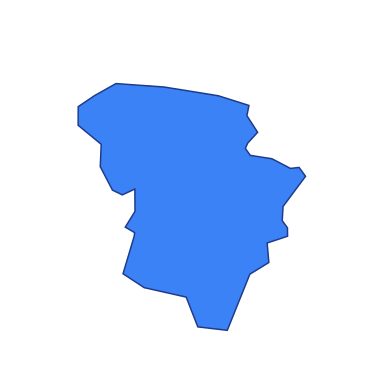 map outline of Milton Keynes (orthographic projection), rotated 146°
{"feature_id": "GBR-2038", "entity_name": "Milton Keynes", "entity_type": "Unitary Authority", "adm_level": 1, "iso_a3": "GBR", "parent_name": "United Kingdom", "parent_adm1": "", "projection": "orthographic", "projection_center": [-0.733, 52.07], "detail": "fine", "context": "isolated", "style": "filled", "palette": "blue", "viewbox_px": 384, "rotation_deg": 146, "n_neighbors": 0, "source": "natural_earth", "source_scale": "10m", "svg_char_len": 619}
<svg xmlns="http://www.w3.org/2000/svg" viewBox="0 0 384 384"><g transform="rotate(146 192 192)"><path d="M218.8,326.4L194.4,324.4L156.5,294.7L116.3,257.0L96.4,231.9L103.8,224.6L104.2,204.8L118.4,201.4L123.4,198.3L123.2,189.8L107.1,174.8L97.2,156.5L89.5,152.5L89.1,141.5L124.6,129.1L133.2,117.8L132.9,108.9L137.5,101.9L158.2,107.7L167.7,90.6L190.0,91.5L240.1,57.6L262.6,76.9L255.6,108.1L285.1,139.4L294.9,162.8L264.7,187.6L262.3,190.4L267.0,200.2L250.1,207.8L237.7,226.4L251.4,228.6L256.9,238.0L253.9,264.3L240.6,282.3L249.1,311.0L238.6,326.4L218.8,326.4Z" fill="#3b82f6" stroke="#1e3a8a" stroke-width="1.5"/></g></svg>